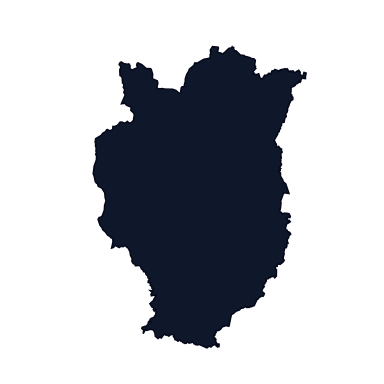 the district of Mandritsara, Sofia, Madagascar, rotated 12°
{"feature_id": "10022922B13687974105922", "entity_name": "Mandritsara", "entity_type": "district", "adm_level": 2, "iso_a3": "MDG", "parent_name": "Madagascar", "parent_adm1": "Sofia", "projection": "robinson", "projection_center": [48.852, -16.049], "detail": "fine", "context": "isolated", "style": "filled", "palette": "ink", "viewbox_px": 384, "rotation_deg": 12, "n_neighbors": 0, "source": "geoboundaries", "source_scale": "gbopen_adm2", "svg_char_len": 5977}
<svg xmlns="http://www.w3.org/2000/svg" viewBox="0 0 384 384"><g transform="rotate(12 192 192)"><path d="M258.1,51.9L255.2,53.1L254.7,54.1L254.0,53.6L252.9,54.2L251.6,56.4L251.0,55.4L247.6,54.9L246.6,56.5L245.1,56.9L244.5,60.2L242.6,59.8L240.7,62.3L238.7,62.7L237.3,66.8L234.8,66.3L232.7,62.5L230.6,63.7L227.8,64.0L228.2,63.1L226.6,61.6L228.8,57.8L227.8,57.0L228.0,55.8L227.1,55.5L226.9,54.2L226.5,53.9L226.8,52.9L226.6,50.0L224.9,48.8L221.8,49.1L220.9,48.5L216.2,48.2L215.4,48.7L214.6,47.6L210.9,48.0L205.9,44.8L204.3,45.0L203.1,43.6L202.7,41.9L201.9,42.2L201.1,41.6L200.8,42.8L198.2,43.8L194.9,48.7L192.9,50.8L191.2,50.0L189.0,50.2L187.9,49.7L187.9,45.7L187.5,44.9L181.8,45.5L180.4,49.4L181.6,52.7L181.1,53.8L181.6,55.1L181.5,57.4L175.8,59.8L170.5,64.7L167.8,65.2L167.6,67.7L163.9,72.3L163.5,75.0L162.4,78.0L161.9,82.8L162.5,85.8L162.2,87.2L162.4,90.0L162.1,90.7L160.5,91.1L159.8,92.2L160.1,96.9L159.8,97.7L158.9,98.1L155.2,96.0L151.8,95.5L143.9,97.0L141.8,96.9L138.2,98.0L136.6,97.7L135.9,96.6L136.0,92.7L135.0,90.5L129.7,89.4L129.0,84.8L126.5,80.3L125.0,80.0L121.7,80.8L116.4,77.8L112.2,76.9L111.6,77.6L111.4,79.4L112.5,80.9L112.5,81.9L107.8,85.2L105.6,84.1L105.1,81.2L103.7,79.8L102.2,80.4L98.9,80.6L95.6,79.5L95.3,80.3L94.4,80.9L94.3,82.6L96.4,84.2L96.0,87.8L97.4,93.1L98.8,93.5L100.0,94.8L101.4,99.9L102.6,100.5L103.2,101.7L103.0,103.9L104.9,105.8L104.6,108.8L106.5,110.8L104.6,120.4L107.8,119.2L110.1,120.8L113.9,121.5L114.8,121.1L115.2,124.9L118.2,126.7L119.5,128.2L119.8,134.2L117.9,137.1L116.1,137.5L114.0,136.4L112.9,137.9L111.6,138.7L109.3,138.2L107.2,138.5L105.3,142.2L102.6,144.1L101.0,144.3L101.4,146.7L100.8,147.9L98.8,149.2L96.3,148.5L95.6,148.8L94.9,150.9L92.3,153.3L91.6,155.3L86.7,159.8L86.8,163.2L87.7,164.7L88.0,167.0L89.1,168.8L89.6,172.3L90.3,173.2L89.9,175.1L91.2,176.8L91.8,180.5L90.9,187.2L91.6,194.8L92.9,196.6L95.2,201.9L96.6,203.2L97.6,203.3L99.2,206.0L102.9,206.9L106.8,210.9L108.3,215.8L109.7,218.3L109.3,223.5L110.0,227.9L109.2,233.8L108.5,235.2L106.4,236.3L105.8,238.3L109.0,243.7L111.4,245.6L112.6,247.5L115.7,249.2L118.5,251.8L120.7,252.4L122.6,253.8L124.1,253.7L125.1,257.4L125.0,263.6L126.8,262.5L127.8,260.2L132.1,261.4L132.7,261.3L133.5,260.0L136.1,259.8L137.7,258.1L140.0,259.8L141.1,260.0L143.8,263.4L145.0,266.8L147.3,269.5L147.6,272.3L149.4,274.2L151.3,274.6L151.9,275.9L155.5,274.9L157.0,275.4L158.6,277.8L160.1,278.4L161.2,280.0L163.2,280.0L164.2,282.2L166.7,283.8L166.7,285.1L168.7,285.7L167.8,287.6L167.8,289.5L170.4,290.0L170.6,292.1L171.6,292.3L172.6,293.6L172.8,294.5L174.4,295.2L173.8,296.8L171.5,297.1L173.9,298.5L173.9,299.3L173.1,300.5L173.8,302.0L178.3,300.1L177.7,301.7L178.2,302.3L177.1,304.1L176.9,306.0L174.0,310.0L176.8,312.9L178.2,312.8L178.7,313.8L178.5,314.9L179.8,316.4L180.7,314.8L181.7,316.7L182.0,319.5L180.5,322.9L178.7,323.8L177.5,325.2L177.5,326.1L178.6,327.5L176.8,327.4L176.3,328.6L176.6,330.1L174.8,333.3L173.8,333.2L171.3,334.8L171.3,336.0L173.4,337.1L173.7,340.7L175.0,336.5L176.5,336.8L180.0,334.9L183.0,335.0L185.1,337.8L186.1,340.7L189.2,342.4L190.1,341.0L192.5,341.1L193.5,338.4L195.1,336.4L196.2,337.5L197.4,337.1L199.2,337.8L199.6,337.6L199.8,336.3L200.6,336.4L201.9,335.4L204.5,336.0L203.9,337.1L205.3,338.5L206.1,340.0L207.6,340.0L209.0,340.8L209.7,340.6L210.1,339.5L211.3,339.5L211.9,340.2L213.2,339.9L214.1,341.0L216.8,341.6L217.8,341.1L218.3,339.8L220.7,340.4L223.3,339.1L223.9,338.1L225.5,340.1L226.5,339.9L227.1,340.6L229.5,340.4L230.7,339.6L239.0,341.4L241.2,338.8L241.6,338.6L242.0,339.6L242.8,339.7L244.2,337.7L246.4,336.4L247.3,336.3L247.5,337.5L249.4,338.3L249.8,337.5L250.5,337.6L250.2,335.2L247.9,335.3L246.0,332.9L246.1,331.5L245.4,331.3L245.6,330.7L243.6,329.5L243.3,327.9L244.1,327.6L244.1,325.6L244.8,324.4L244.4,322.8L246.9,321.9L248.4,320.4L249.6,317.8L251.1,316.7L253.8,315.4L255.0,315.8L256.1,315.5L256.0,303.7L257.6,302.5L259.9,299.4L263.0,297.5L264.0,295.6L266.1,294.9L268.2,292.8L269.4,293.6L272.2,292.9L273.4,291.7L273.9,291.9L276.5,290.1L277.9,283.8L279.0,282.8L279.5,281.3L282.2,279.2L283.2,279.2L283.7,278.0L283.9,276.2L280.8,274.6L281.2,271.9L282.4,269.4L280.9,268.1L282.0,267.0L283.2,263.6L282.4,261.9L284.8,260.8L284.7,259.7L286.4,259.5L287.2,258.3L289.5,257.6L290.8,258.7L292.0,256.7L290.8,250.5L289.6,249.8L288.9,248.5L289.9,247.3L290.8,246.9L290.6,245.9L291.5,244.3L293.2,244.5L295.6,241.7L296.4,239.7L294.8,237.8L295.0,233.3L294.3,231.8L294.4,227.0L295.7,226.9L296.1,225.0L295.2,223.9L296.7,222.2L295.3,220.1L295.3,217.9L296.0,216.6L295.9,214.5L297.3,212.9L296.8,211.9L295.0,210.8L293.5,211.1L293.0,209.6L292.0,209.7L290.9,207.8L291.2,205.5L290.7,204.3L294.3,200.7L293.1,199.6L292.4,200.3L290.5,198.4L289.5,198.3L289.8,197.4L293.1,196.6L293.3,195.7L292.3,194.0L291.2,193.0L287.5,193.3L286.2,193.7L285.2,194.9L283.9,193.5L282.7,193.3L281.8,192.4L281.9,189.2L281.3,183.8L280.6,183.1L281.6,175.0L282.3,173.9L283.3,173.5L287.2,173.3L281.9,164.4L279.1,163.1L278.2,161.2L275.3,158.2L274.6,155.0L272.4,153.8L273.2,152.7L273.8,152.7L273.5,151.2L273.9,150.5L272.7,150.1L272.7,149.6L273.9,146.6L272.3,144.1L272.4,142.6L271.8,141.8L272.3,140.1L270.8,136.2L271.9,134.3L270.9,132.8L270.7,131.4L269.1,131.0L267.3,129.4L266.3,130.3L265.4,130.4L264.6,127.7L263.0,126.3L262.6,125.2L261.4,124.8L263.7,118.0L263.7,116.0L264.8,114.6L264.5,113.3L265.4,111.5L264.9,110.0L265.8,108.0L265.3,107.1L265.8,104.9L266.3,104.2L267.2,104.9L267.6,104.6L267.4,100.6L268.5,98.6L267.4,95.9L268.5,93.9L268.4,91.3L267.9,89.8L268.5,89.0L268.1,88.2L268.9,87.4L268.7,85.4L269.4,84.1L269.0,83.1L271.4,80.6L271.0,78.4L269.5,77.7L269.5,76.4L267.9,75.4L268.0,73.4L267.2,69.1L269.7,67.4L270.9,66.0L271.0,64.9L272.8,63.8L273.5,62.3L274.9,62.3L275.3,61.2L274.3,61.0L275.2,60.4L275.7,57.9L279.4,57.5L278.9,55.1L279.0,52.0L276.7,51.7L276.3,55.1L275.4,55.8L274.1,55.3L273.9,54.6L272.9,54.6L273.0,52.4L271.2,50.8L270.9,51.7L269.8,51.6L268.8,53.1L267.1,53.7L265.7,52.5L265.0,52.6L263.4,54.3L263.1,53.2L261.4,53.9L259.8,51.7L258.9,52.4L258.1,51.9Z" fill="#0f172a" stroke="#020617" stroke-width="1.5"/></g></svg>